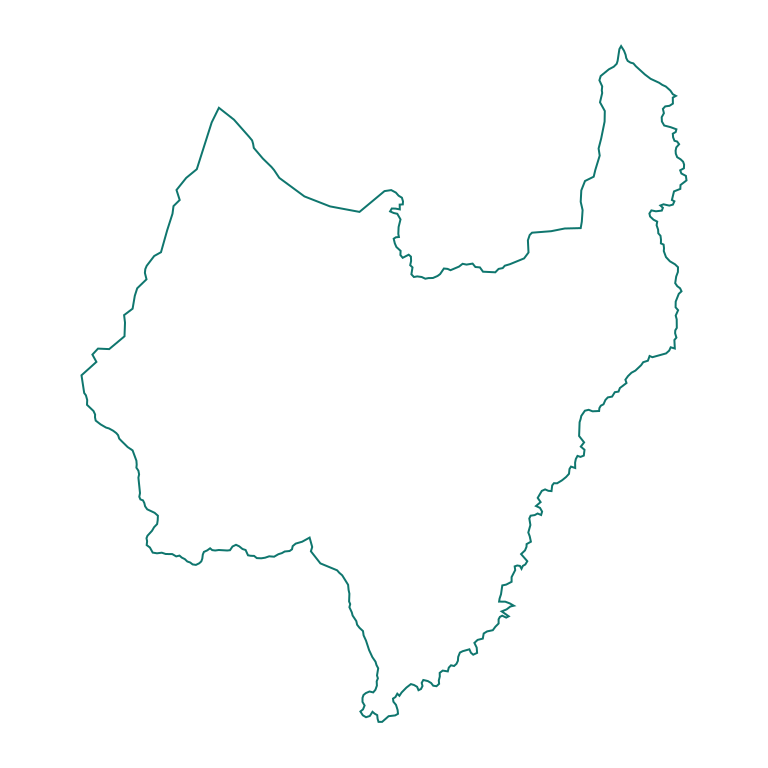 the district of Corguinho, Mato Grosso do Sul, Brazil
{"feature_id": "56859067B58244822602525", "entity_name": "Corguinho", "entity_type": "district", "adm_level": 2, "iso_a3": "BRA", "parent_name": "Brazil", "parent_adm1": "Mato Grosso do Sul", "projection": "orthographic", "projection_center": [-55.002, -19.811], "detail": "fine", "context": "isolated", "style": "outline", "palette": "teal", "viewbox_px": 768, "rotation_deg": 0, "n_neighbors": 0, "source": "geoboundaries", "source_scale": "gbopen_adm2", "svg_char_len": 6088}
<svg xmlns="http://www.w3.org/2000/svg" viewBox="0 0 768 768"><path d="M360.4,711.5L362.8,715.3L366.0,717.2L369.8,716.0L372.5,711.8L374.7,713.7L377.2,715.1L377.6,718.8L378.5,721.9L382.1,721.9L388.6,716.2L395.2,715.4L398.0,713.8L397.6,710.0L396.0,704.9L393.4,701.7L393.0,698.6L395.4,697.1L397.3,693.7L399.4,695.8L401.6,692.5L406.4,687.6L410.9,684.1L414.0,685.0L417.1,686.8L418.5,690.2L421.0,689.0L422.5,686.0L421.7,682.9L423.3,680.0L427.9,681.1L431.1,683.0L433.2,685.7L436.5,686.2L439.1,683.8L438.8,680.5L439.8,676.5L439.7,672.9L442.7,670.6L447.8,671.4L448.8,667.6L451.0,665.3L454.1,666.0L456.5,663.8L457.9,660.8L458.2,656.9L459.9,652.6L462.7,651.2L469.4,649.3L470.9,652.7L473.2,654.7L477.1,652.9L476.7,647.6L474.4,642.9L477.6,639.9L482.8,638.6L483.7,633.5L487.1,631.4L492.8,630.2L495.4,626.7L498.6,623.5L498.6,619.3L499.9,616.9L502.2,615.7L506.2,617.6L508.7,616.3L501.7,611.4L506.6,609.4L510.4,606.5L513.8,605.7L509.8,603.4L505.3,601.7L499.1,601.6L499.6,598.5L501.0,594.3L502.3,585.4L506.2,584.6L511.6,581.8L511.6,577.1L515.2,570.1L514.7,566.4L517.2,565.5L519.9,565.9L521.5,568.8L522.8,565.9L525.3,564.5L527.3,561.2L521.1,554.1L525.0,550.4L526.5,546.8L526.6,544.1L530.9,541.7L529.7,536.2L528.3,532.5L530.4,525.0L529.3,518.5L530.6,515.7L534.7,515.1L537.6,513.5L541.1,515.0L542.1,511.6L540.0,507.9L536.0,506.0L540.6,502.1L537.7,497.9L541.8,490.9L545.1,489.4L548.3,490.8L551.5,491.1L552.2,485.4L553.9,483.2L557.1,483.3L561.9,480.4L566.1,477.0L569.0,473.8L569.5,469.0L571.0,466.6L575.2,468.0L575.1,462.6L575.8,459.1L577.5,455.9L580.5,456.9L583.8,455.6L584.5,449.8L580.8,446.6L584.1,442.4L579.1,436.0L579.6,422.2L580.6,419.1L581.3,415.9L584.9,410.7L588.7,409.8L592.5,411.3L599.1,411.0L599.4,408.1L600.8,405.7L603.5,404.3L605.4,400.0L607.8,397.4L612.1,396.6L614.8,392.2L618.5,391.6L619.9,388.0L626.5,383.0L625.4,379.7L628.0,376.1L631.5,372.7L635.4,370.6L641.2,365.1L643.2,362.2L647.9,360.7L649.6,356.0L652.4,357.2L666.1,353.4L669.2,350.6L670.7,347.3L674.8,348.5L674.4,340.0L676.4,337.6L675.1,333.2L675.3,330.3L676.8,327.9L676.7,319.3L675.7,315.6L678.1,310.2L675.6,307.3L675.7,301.6L678.8,293.8L681.5,291.3L680.1,288.3L677.3,286.2L675.2,283.2L676.2,276.5L677.9,272.0L678.0,267.2L675.0,264.3L669.9,261.3L666.0,257.1L663.8,251.1L664.0,248.2L663.6,244.6L660.9,243.4L661.0,239.9L660.5,235.8L658.3,233.3L658.1,229.7L656.6,225.2L657.2,221.6L653.5,219.7L650.1,216.5L649.4,213.5L651.4,210.4L655.9,211.3L661.8,210.6L662.9,207.8L660.4,205.5L663.5,204.3L669.3,205.6L672.9,204.6L674.4,201.3L671.9,200.0L674.0,191.4L680.3,188.9L680.5,185.0L686.5,180.4L685.9,175.9L681.4,173.5L680.2,170.3L683.9,168.3L684.1,164.6L683.1,161.7L680.6,159.3L677.2,157.2L675.8,153.7L675.6,150.7L676.3,147.4L679.1,144.2L677.1,141.5L674.5,140.8L673.1,137.3L672.8,133.7L675.7,132.0L676.4,129.3L670.7,127.2L664.2,125.5L661.9,121.5L661.7,117.2L663.9,113.2L662.9,108.9L665.2,106.4L669.5,105.8L672.9,103.6L672.8,97.6L675.9,95.9L672.8,94.2L670.4,90.6L665.8,86.5L662.3,84.9L659.2,82.8L650.6,78.8L644.8,74.4L635.8,66.2L633.4,63.4L630.5,62.6L627.7,60.9L626.2,58.0L625.6,54.8L624.0,50.7L621.1,46.1L619.4,49.1L617.6,60.9L616.7,63.8L613.8,66.7L608.9,69.3L600.7,76.0L599.4,80.3L602.2,86.4L601.8,90.3L602.2,93.0L600.0,102.3L604.8,111.0L604.6,121.6L601.2,138.4L598.6,148.5L599.7,155.6L595.3,170.0L593.7,176.7L585.0,181.0L581.3,190.4L580.7,201.8L582.6,210.1L581.8,221.7L580.7,228.1L564.7,228.5L551.1,231.2L532.0,232.7L529.7,235.0L527.9,240.3L528.5,252.5L524.1,258.4L509.9,264.2L504.8,265.7L502.7,268.1L498.6,268.9L495.3,272.3L483.0,271.7L479.9,267.4L475.4,267.0L472.6,263.6L466.5,264.6L462.6,263.8L459.0,266.6L450.5,270.2L447.6,268.9L443.9,268.5L440.1,274.1L437.5,276.0L432.9,278.0L428.4,278.1L425.3,278.7L421.7,277.0L417.2,276.4L413.9,277.0L411.4,274.3L412.5,267.4L410.2,265.2L411.1,261.0L410.9,256.6L408.7,254.7L402.7,257.8L400.4,255.0L400.6,250.9L396.4,247.0L394.8,243.3L393.7,238.7L395.9,237.3L398.9,237.0L398.3,233.9L398.6,227.0L400.5,219.4L397.3,213.8L393.7,213.0L390.1,211.4L391.8,208.5L395.6,208.6L399.8,209.4L399.7,204.6L402.8,204.4L403.0,201.4L401.9,197.7L398.6,195.7L395.9,192.6L391.2,190.1L384.5,191.1L359.5,211.9L330.0,206.4L304.4,196.4L279.3,177.9L274.1,170.1L271.6,167.1L262.8,158.5L253.8,147.9L253.1,143.8L252.1,140.4L249.2,136.9L234.0,119.7L218.9,107.8L211.7,122.4L196.8,169.2L186.2,177.9L176.5,190.0L179.7,200.0L173.5,206.1L172.5,213.7L167.2,230.2L161.0,252.2L154.2,256.0L146.7,265.8L145.3,269.1L144.9,272.9L146.5,279.3L137.2,288.3L134.8,295.8L132.6,308.7L124.1,315.1L125.0,322.6L124.5,336.3L109.2,349.1L98.0,348.6L92.4,354.6L96.4,361.9L81.5,375.3L84.2,393.0L85.9,395.3L87.2,400.0L87.0,404.8L93.5,411.0L95.1,414.5L95.0,417.3L95.7,420.6L100.6,424.4L106.1,427.6L108.9,428.4L113.1,430.7L116.3,433.1L118.1,435.2L119.2,438.6L121.5,441.0L127.7,447.1L132.6,450.4L136.4,460.7L136.7,464.6L136.4,467.7L138.4,470.7L139.1,474.4L138.4,477.6L140.0,493.1L139.3,496.8L140.4,499.4L143.0,500.4L144.3,503.0L145.1,506.3L147.2,509.3L154.6,512.8L157.9,515.7L157.7,520.3L157.1,524.1L154.1,527.2L152.0,530.8L147.5,535.7L146.5,538.2L147.1,541.2L146.7,545.1L149.9,547.5L152.7,552.6L157.0,553.3L161.8,552.7L165.7,554.0L172.3,554.1L176.2,556.4L179.5,555.6L181.8,557.6L184.8,559.1L187.3,561.5L190.2,562.5L192.6,564.4L195.9,564.9L199.2,563.3L201.3,561.4L202.3,558.6L202.8,554.6L203.9,551.9L207.2,550.4L210.1,548.3L212.2,550.1L215.2,550.5L218.8,550.0L227.3,550.5L230.0,550.2L232.5,546.5L236.0,544.8L239.2,546.3L242.5,549.0L245.6,550.0L248.0,555.3L250.9,555.8L254.1,555.9L256.8,558.1L261.3,558.3L265.1,557.7L269.2,556.3L274.1,556.7L278.4,554.2L281.9,553.1L284.7,551.5L289.6,551.0L292.0,549.3L292.7,546.1L295.7,543.6L302.2,541.7L309.6,537.6L312.2,547.0L310.9,551.3L320.4,563.4L337.1,570.3L339.3,572.8L342.2,575.3L348.1,584.8L348.6,590.0L349.4,593.7L349.1,601.5L350.2,604.1L349.4,607.2L351.8,612.4L352.6,615.5L356.3,621.1L357.1,624.7L359.5,627.8L363.0,631.1L363.6,635.4L366.0,640.6L369.1,650.1L372.4,657.2L375.5,661.7L376.5,665.1L378.2,668.3L377.0,675.5L377.9,678.3L376.7,681.3L376.9,685.6L375.4,689.8L373.2,692.4L369.5,691.5L365.8,693.1L363.5,695.0L362.5,697.9L362.5,701.9L364.6,705.5L363.0,709.4L360.4,711.5Z" fill="none" stroke="#0f766e" stroke-width="2"/></svg>